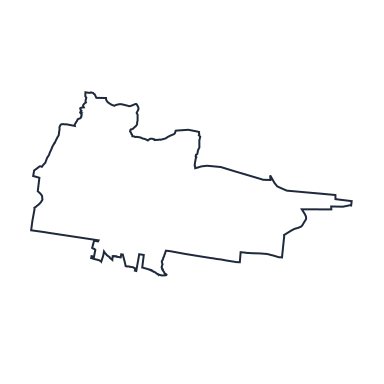 Tenango del Valle, México, Mexico, rotated 187°
{"feature_id": "50627088B67795620919369", "entity_name": "Tenango del Valle", "entity_type": "district", "adm_level": 2, "iso_a3": "MEX", "parent_name": "Mexico", "parent_adm1": "México", "projection": "albers", "projection_center": [-99.612, 19.076], "detail": "fine", "context": "isolated", "style": "outline", "palette": "slate", "viewbox_px": 384, "rotation_deg": 187, "n_neighbors": 0, "source": "geoboundaries", "source_scale": "gbopen_adm2", "svg_char_len": 5974}
<svg xmlns="http://www.w3.org/2000/svg" viewBox="0 0 384 384"><g transform="rotate(187 192 192)"><path d="M94.7,138.0L95.1,159.1L95.4,160.5L88.8,165.8L85.8,167.9L82.4,169.3L81.6,169.7L80.8,170.3L80.1,170.6L79.6,170.9L79.4,171.1L79.1,171.4L78.4,172.5L76.7,176.4L75.9,178.0L75.5,179.1L75.5,179.8L75.9,181.4L76.2,182.1L76.7,182.9L77.3,183.8L78.6,185.4L80.9,188.2L51.6,191.7L52.1,194.6L40.4,195.8L33.6,198.1L32.4,198.0L32.4,202.4L48.7,202.4L49.3,206.5L98.0,204.9L103.5,206.5L108.1,208.0L111.3,211.1L116.4,218.0L115.6,213.5L122.8,212.8L125.4,213.3L151.8,217.7L166.5,220.3L180.2,219.9L185.6,218.6L186.4,218.3L188.3,217.4L191.7,216.0L192.0,217.6L192.1,217.9L192.3,218.0L192.6,218.4L192.6,218.7L192.6,219.8L192.6,220.6L192.6,221.9L192.4,224.1L192.4,225.2L192.3,226.0L192.2,226.5L191.9,226.9L191.9,227.1L192.0,227.2L192.3,227.2L192.5,227.3L192.7,227.8L192.8,228.1L192.6,228.8L192.5,229.5L191.6,230.1L191.3,230.7L191.3,231.4L191.2,233.4L191.0,234.5L190.7,235.4L190.4,236.3L190.1,236.9L191.0,244.1L190.6,247.9L192.2,249.3L191.8,250.4L192.3,251.4L192.3,252.4L194.6,252.7L203.3,253.3L215.2,251.0L215.7,250.8L215.7,250.4L215.9,249.6L216.0,248.9L216.2,248.1L216.8,247.4L217.3,247.0L217.9,246.7L218.9,246.1L220.1,245.5L221.5,244.5L222.1,244.2L223.1,243.4L224.3,242.3L224.9,241.9L225.6,241.6L226.8,241.1L227.5,240.8L228.9,240.3L229.6,240.0L230.0,240.1L230.9,240.0L231.6,239.7L232.0,239.6L232.7,239.5L233.1,239.5L233.4,239.5L233.8,239.3L235.4,239.0L235.7,239.1L235.8,239.7L236.3,239.8L236.7,239.8L237.2,239.8L237.8,240.0L239.3,239.9L240.5,239.4L241.4,238.5L241.8,238.3L242.1,237.8L242.4,237.8L242.9,238.0L243.2,238.2L243.9,238.5L246.0,239.0L247.0,239.0L247.5,239.1L248.8,239.5L249.5,239.8L250.4,239.9L251.1,239.9L252.3,240.0L253.7,240.0L254.5,239.7L255.4,239.8L256.0,240.1L256.7,240.0L257.2,240.1L258.0,240.1L258.1,240.7L258.6,241.8L259.1,242.0L259.3,242.3L259.5,242.9L260.1,243.9L260.5,244.1L260.8,244.5L260.9,244.9L260.6,245.9L260.6,246.4L260.3,246.7L259.5,246.8L258.8,247.3L258.1,247.7L257.8,248.3L256.5,249.8L255.9,250.3L255.4,251.2L255.0,251.9L254.8,252.8L254.8,253.6L255.0,254.4L254.7,256.1L255.4,262.1L256.6,263.7L255.2,267.7L255.7,269.7L257.5,272.2L257.6,272.3L258.2,272.6L258.4,272.6L259.0,272.3L260.0,271.8L260.7,271.4L261.3,271.0L262.5,270.4L263.6,269.8L264.7,269.5L266.4,269.8L269.9,270.2L272.1,270.5L273.1,270.5L274.4,270.4L277.1,269.5L278.1,269.1L279.6,268.1L280.5,268.4L281.4,268.5L282.7,268.9L284.4,269.7L286.0,270.6L286.6,270.8L288.4,272.9L288.8,274.8L298.4,273.8L300.5,277.1L300.9,277.2L301.6,277.6L302.1,278.2L304.2,278.5L304.2,278.4L305.7,277.9L307.8,277.9L309.9,278.0L309.7,275.2L309.5,273.9L308.4,272.8L308.8,270.1L308.6,268.6L308.2,268.0L309.7,266.5L310.5,265.2L310.6,264.7L310.6,264.2L310.4,263.8L309.7,262.8L311.0,262.5L311.6,262.4L312.1,262.2L313.1,261.6L313.0,260.9L312.6,260.0L311.6,259.2L311.7,258.8L311.7,258.4L312.2,258.5L312.5,257.8L311.9,257.5L312.0,257.1L312.4,257.0L312.0,256.4L311.4,256.5L311.6,256.2L311.0,255.6L311.1,255.0L311.0,254.9L310.9,254.6L310.9,254.1L311.3,253.2L311.1,253.0L311.2,252.6L311.4,252.2L311.9,251.6L312.5,251.2L313.6,250.8L313.9,250.3L314.3,250.2L314.7,249.1L315.0,248.1L315.4,247.5L316.3,245.3L316.4,245.2L316.7,244.2L316.5,243.9L316.5,243.5L316.4,243.3L324.7,243.9L324.9,243.8L325.7,243.8L327.0,243.6L328.1,243.7L329.6,243.4L330.6,242.7L331.4,240.4L331.4,239.6L331.1,238.2L331.1,237.1L331.2,235.9L331.2,234.0L331.2,232.2L331.7,230.9L332.1,230.2L333.7,225.7L333.9,225.1L334.0,224.5L334.4,223.6L334.7,223.1L334.8,223.2L336.3,219.4L336.7,217.5L337.9,213.9L338.5,211.2L340.0,208.2L341.2,203.1L342.8,201.0L344.1,198.7L344.4,198.8L345.3,199.0L346.0,199.0L346.7,198.6L347.7,197.5L351.3,194.1L351.6,188.5L348.6,188.1L345.2,187.5L345.2,174.0L342.3,171.9L340.4,170.0L339.5,166.1L340.7,163.6L341.5,162.3L342.4,161.2L343.0,160.5L344.3,159.3L344.9,158.5L346.5,157.2L346.2,155.8L346.9,143.9L347.0,134.4L334.1,134.2L329.3,134.0L292.7,133.0L278.9,132.6L279.3,131.5L283.2,131.7L283.8,128.2L283.7,128.2L284.3,124.3L283.5,123.9L282.0,123.6L281.1,123.0L281.1,122.9L280.9,122.8L281.2,118.8L281.4,115.4L281.7,115.6L282.8,116.0L283.3,116.1L283.9,116.1L284.0,114.1L281.7,113.9L281.7,113.7L277.8,113.2L276.4,113.0L275.5,112.8L274.0,112.2L273.6,111.8L273.1,114.2L272.8,115.7L272.4,117.9L272.2,119.9L272.2,120.5L272.1,122.2L271.3,121.2L269.4,119.5L268.7,118.9L267.8,118.3L267.1,118.0L266.1,117.3L265.9,117.3L265.6,116.7L262.8,114.9L262.9,117.2L262.9,118.6L262.0,118.5L261.9,118.9L259.8,119.0L259.8,118.7L258.5,118.7L258.4,118.5L256.6,118.5L254.8,118.4L254.6,121.5L254.3,121.4L253.7,121.3L253.1,121.5L250.4,114.8L248.8,110.4L248.4,110.4L248.1,110.2L247.8,110.3L247.5,110.3L247.2,110.2L246.8,110.2L246.2,110.4L245.6,110.4L245.3,110.4L244.9,110.2L244.4,110.2L243.9,110.2L243.4,110.2L242.8,110.2L242.2,110.1L241.3,110.1L240.5,109.7L240.1,109.6L239.6,109.4L239.4,109.4L238.9,109.0L239.1,107.0L237.7,106.8L236.8,123.8L233.9,123.7L232.2,123.6L232.2,111.0L223.7,109.7L223.9,109.5L223.4,109.4L223.1,109.1L222.7,109.0L222.3,108.9L222.0,109.0L221.2,108.7L220.9,108.4L220.7,108.3L220.5,108.1L220.2,108.2L219.5,108.1L218.1,107.4L217.5,106.9L216.9,106.7L216.5,106.5L216.2,106.2L215.9,106.3L215.6,106.3L215.2,106.1L214.9,105.9L214.8,105.7L214.7,105.8L214.3,105.9L213.5,105.7L213.2,105.6L212.2,105.6L211.7,105.5L209.6,105.8L208.1,106.1L207.4,106.4L207.3,107.0L209.3,107.9L209.7,108.8L212.2,111.6L212.3,111.9L211.9,112.0L213.0,113.5L212.8,114.6L212.7,115.8L212.4,116.5L213.1,118.2L213.4,118.8L213.5,119.3L213.4,119.9L213.1,120.6L212.8,121.1L212.8,121.3L212.6,122.1L212.4,123.7L212.0,124.3L211.9,124.7L211.7,126.4L211.2,127.8L211.0,129.5L210.7,130.6L209.7,130.6L206.3,130.6L191.2,129.7L172.8,129.0L166.8,128.8L164.7,128.7L163.7,128.8L158.6,128.5L158.2,128.5L155.3,128.6L149.7,128.2L140.9,127.9L139.2,127.8L138.4,127.9L136.0,128.1L136.1,131.4L136.4,138.2L131.4,138.3L130.5,138.2L128.4,138.4L125.7,138.5L117.2,139.3L110.9,139.6L109.9,139.6L108.6,139.5L106.0,139.1L103.9,138.9L99.9,138.2L97.7,137.8L96.3,138.0L94.7,138.0Z" fill="none" stroke="#1e293b" stroke-width="2"/></g></svg>